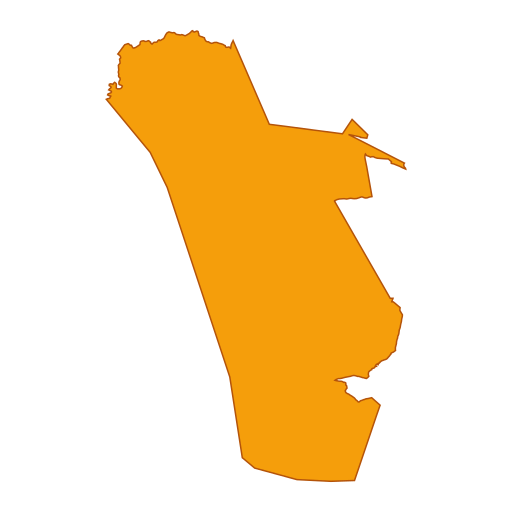 the district of Santo Domingo Petapa, Oaxaca, Mexico
{"feature_id": "50627088B45073633199756", "entity_name": "Santo Domingo Petapa", "entity_type": "district", "adm_level": 2, "iso_a3": "MEX", "parent_name": "Mexico", "parent_adm1": "Oaxaca", "projection": "mercator", "projection_center": [-95.218, 16.851], "detail": "fine", "context": "isolated", "style": "filled", "palette": "amber", "viewbox_px": 512, "rotation_deg": 0, "n_neighbors": 0, "source": "geoboundaries", "source_scale": "gbopen_adm2", "svg_char_len": 5876}
<svg xmlns="http://www.w3.org/2000/svg" viewBox="0 0 512 512"><path d="M233.1,40.6L232.7,41.5L232.0,42.7L231.3,44.3L231.0,45.5L230.9,46.8L230.6,48.3L230.2,48.0L229.5,47.2L228.8,47.0L228.2,47.1L227.5,47.3L226.7,47.3L226.1,47.3L225.6,46.8L225.3,46.2L225.2,45.6L224.3,45.3L223.7,44.8L223.2,44.6L222.8,44.3L222.2,44.1L221.4,44.0L221.1,43.7L220.5,43.6L219.7,43.5L217.5,42.7L216.7,42.4L216.1,42.4L214.2,42.5L212.5,43.2L211.8,43.3L211.2,43.3L209.8,42.7L208.5,41.8L207.4,41.8L206.6,41.5L206.0,41.1L205.6,40.6L205.1,39.8L204.9,39.5L204.8,39.1L204.5,38.3L204.4,37.8L202.9,37.2L202.1,36.8L201.1,36.6L200.0,36.2L199.1,35.6L198.9,35.4L198.8,34.0L198.3,32.6L198.1,31.6L197.5,31.2L196.7,31.1L196.1,31.3L195.5,31.6L194.9,31.8L194.6,32.0L193.2,31.7L192.7,30.7L191.8,31.0L191.0,31.9L189.3,33.5L188.2,34.1L187.4,34.6L185.4,35.7L184.5,35.6L183.6,35.2L182.6,34.8L181.6,34.6L180.5,35.0L178.7,34.7L176.6,34.4L175.9,34.0L175.4,33.5L174.9,33.0L174.2,32.6L173.4,32.6L172.8,32.8L172.2,32.8L171.1,32.5L170.3,32.4L169.7,32.0L168.5,32.0L168.3,32.3L167.4,32.6L166.8,33.1L166.6,33.4L166.1,34.1L165.3,35.4L165.0,36.2L164.4,37.3L164.0,38.1L163.1,38.9L161.8,39.6L161.2,40.0L159.9,40.6L159.4,40.0L159.0,39.9L157.9,40.6L157.5,41.5L157.2,41.8L156.0,42.3L154.6,42.2L154.0,42.3L152.9,43.2L152.3,44.0L151.8,44.0L150.7,43.1L150.6,42.2L149.8,41.7L149.1,41.1L148.8,40.7L147.9,40.8L147.2,41.1L146.6,41.4L145.7,41.4L145.0,41.5L144.2,41.0L143.6,40.8L141.9,41.0L141.1,41.3L140.5,41.7L140.2,42.5L140.1,43.3L140.0,44.1L139.9,44.6L136.4,47.0L135.3,47.6L134.5,47.8L133.9,48.1L133.0,47.9L132.5,47.2L131.9,46.3L131.5,45.3L130.9,45.2L130.3,45.3L129.8,44.8L129.4,44.5L128.8,43.9L128.1,43.6L124.8,44.7L123.3,46.5L123.0,47.2L122.2,48.0L121.8,48.7L120.4,50.6L119.9,51.3L119.5,51.8L119.0,52.4L118.7,52.9L118.4,53.4L117.8,54.0L118.9,54.9L119.7,55.4L120.4,56.4L120.7,57.9L119.5,59.2L119.8,60.3L120.0,62.1L120.1,63.1L119.9,63.4L119.4,64.0L118.9,64.5L118.3,65.6L118.5,66.6L118.5,68.0L118.6,68.5L118.7,69.8L118.6,70.9L118.4,71.4L118.3,72.0L118.4,72.8L118.6,73.3L118.8,74.8L118.6,75.1L118.5,75.7L118.6,76.3L118.7,76.6L118.9,76.9L119.3,77.4L119.9,77.8L120.0,78.3L120.2,79.2L120.1,79.8L119.3,81.1L119.1,81.6L119.0,81.9L118.9,82.5L118.9,83.4L119.0,84.1L119.3,84.5L119.8,84.8L120.7,85.0L121.4,85.4L122.3,86.1L122.0,87.1L121.3,88.1L120.7,88.5L119.9,88.7L119.2,88.9L118.4,88.8L117.6,88.9L117.0,88.6L116.3,88.1L116.3,87.4L116.3,85.6L116.4,84.4L116.1,83.5L114.7,82.3L113.5,83.3L112.9,84.4L111.9,84.0L110.4,83.8L109.3,84.3L109.2,85.6L110.0,86.0L110.9,86.7L111.1,87.3L110.8,87.8L110.2,88.4L109.5,88.9L108.7,89.9L109.6,90.3L110.4,90.8L111.2,91.1L111.5,91.9L110.9,92.8L109.6,93.3L108.1,93.9L107.6,94.9L108.3,95.3L109.1,95.7L110.4,95.9L110.8,96.1L110.4,96.7L110.2,97.2L109.9,97.9L109.5,98.3L108.9,98.5L107.9,98.6L106.3,99.3L150.2,152.4L167.2,187.4L229.8,377.0L242.3,457.7L254.7,468.1L296.9,479.6L330.9,481.3L354.5,480.5L376.0,417.0L380.1,405.2L371.7,397.7L370.4,398.0L369.5,398.2L368.7,398.4L367.6,398.6L366.9,398.7L366.1,398.8L365.0,399.2L364.2,399.6L363.6,399.6L362.8,400.0L362.3,400.2L361.8,400.4L360.9,400.6L360.5,400.8L359.4,401.7L358.9,402.0L358.3,401.9L357.8,401.6L357.5,401.1L356.6,400.3L355.8,399.8L354.9,398.5L354.3,397.9L352.1,396.3L350.1,395.1L349.4,394.7L348.9,394.2L348.2,393.9L347.2,393.5L345.8,392.5L345.2,390.8L345.9,389.7L346.1,389.1L347.0,388.2L346.9,387.3L346.6,385.7L346.1,385.3L345.8,385.0L345.9,384.7L345.7,384.3L345.9,383.9L345.8,383.7L345.6,382.7L345.1,382.5L344.2,382.2L343.7,382.4L342.7,381.7L341.6,381.3L339.7,381.2L338.4,381.1L337.4,380.8L336.3,380.7L335.0,380.3L335.4,380.0L335.9,379.6L337.1,379.1L338.2,378.6L339.7,378.6L341.9,378.2L343.0,377.9L345.2,377.3L346.8,377.0L348.8,376.6L350.6,376.3L351.6,375.9L353.2,375.5L354.3,375.5L356.2,375.9L357.5,376.4L358.8,376.4L361.4,377.2L362.5,377.6L363.6,377.7L364.4,378.0L366.3,378.5L367.3,377.9L368.8,376.4L368.6,375.4L368.4,374.8L368.3,374.5L368.4,374.1L368.4,373.4L368.5,372.8L368.7,371.9L369.5,371.1L370.1,370.6L371.0,370.0L371.8,369.6L371.9,368.7L372.2,368.5L373.3,368.2L374.0,368.0L374.7,367.5L375.0,366.9L375.1,366.3L376.3,366.3L375.8,365.6L376.0,364.8L376.4,364.4L377.3,363.9L377.7,364.4L377.9,364.8L378.1,364.8L378.2,364.0L378.6,363.6L378.6,363.3L379.1,363.2L379.2,362.9L379.9,362.5L379.9,362.1L380.7,361.6L381.8,360.7L382.5,360.6L383.0,360.4L383.8,360.0L384.9,359.7L385.5,359.5L386.6,359.0L387.2,358.5L387.9,357.7L388.3,357.2L389.5,355.9L390.1,355.0L391.0,354.0L390.9,353.4L392.1,352.6L393.1,352.2L393.5,352.0L395.5,350.5L395.4,349.6L395.4,348.4L395.4,347.6L395.6,346.7L396.4,343.7L396.5,341.9L397.0,339.5L397.5,338.4L397.8,336.2L398.5,334.8L398.9,333.1L399.1,331.3L399.3,329.9L399.8,328.6L400.2,327.3L400.7,324.3L401.4,321.5L401.7,319.0L402.3,316.5L402.4,315.2L402.4,314.9L402.4,314.7L401.2,312.8L399.8,310.3L400.1,307.6L395.3,303.5L394.1,302.5L393.5,302.1L392.9,301.7L391.8,301.7L392.4,299.7L392.6,299.4L392.9,298.7L393.0,298.3L390.7,298.3L390.2,298.3L334.5,201.1L334.6,200.7L335.1,200.8L335.6,200.4L336.1,200.0L337.0,199.6L339.3,199.0L340.5,198.9L343.5,198.7L344.4,198.7L346.5,199.0L347.3,198.9L349.1,198.5L349.7,198.4L350.5,198.3L351.8,198.4L352.9,198.6L354.2,198.7L356.1,198.6L356.8,198.5L357.7,198.2L358.6,197.9L359.3,197.7L359.9,197.4L360.7,197.2L361.2,197.0L362.0,196.9L362.7,197.1L363.9,197.6L364.9,197.9L365.8,198.0L366.7,197.9L367.4,197.8L368.2,197.5L369.2,197.1L370.0,196.9L371.6,196.7L372.0,196.6L366.7,166.6L365.5,160.8L364.9,157.6L364.9,156.2L365.2,154.4L365.4,154.0L366.7,155.6L368.8,156.3L370.5,157.1L371.8,156.7L373.5,156.7L374.9,157.5L377.2,158.2L383.3,158.7L388.4,159.0L391.4,161.7L391.1,163.0L391.4,163.4L393.6,163.9L399.6,166.3L402.8,167.9L405.7,169.1L405.5,168.3L405.0,167.7L404.3,166.9L403.8,165.8L403.8,164.2L403.9,163.8L404.1,163.5L404.4,163.1L348.5,134.5L359.8,136.8L360.4,137.1L360.4,137.4L366.8,138.2L367.8,134.8L352.1,119.4L342.5,133.8L314.6,130.2L284.3,126.2L269.3,124.3L233.1,40.6Z" fill="#f59e0b" stroke="#b45309" stroke-width="1.5"/></svg>